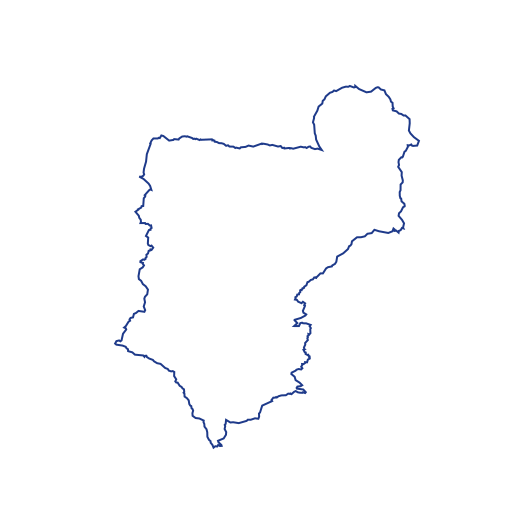 Bondowoso, Jawa Timur, Indonesia, rotated 286°
{"feature_id": "22746128B61555758059649", "entity_name": "Bondowoso", "entity_type": "district", "adm_level": 2, "iso_a3": "IDN", "parent_name": "Indonesia", "parent_adm1": "Jawa Timur", "projection": "robinson", "projection_center": [113.922, -7.945], "detail": "fine", "context": "isolated", "style": "outline", "palette": "blue", "viewbox_px": 512, "rotation_deg": 286, "n_neighbors": 0, "source": "geoboundaries", "source_scale": "gbopen_adm2", "svg_char_len": 6120}
<svg xmlns="http://www.w3.org/2000/svg" viewBox="0 0 512 512"><g transform="rotate(286 256 256)"><path d="M436.6,285.4L434.8,284.3L433.3,282.1L428.7,279.1L425.4,278.6L423.6,277.4L420.8,277.7L416.9,275.0L412.6,274.9L405.8,273.3L404.8,273.8L400.2,273.9L398.3,275.7L390.1,278.7L388.2,280.2L384.5,281.7L378.8,286.6L376.0,290.0L376.2,285.6L375.0,283.2L375.2,279.4L376.2,277.8L375.5,276.4L373.8,274.9L374.2,273.3L373.6,272.0L373.4,268.9L369.4,262.2L369.3,259.9L368.7,259.1L369.1,258.7L368.9,257.8L367.2,253.7L367.8,253.3L367.1,251.5L368.5,249.4L367.3,247.0L367.3,241.1L366.1,238.8L366.4,236.5L366.0,232.2L365.3,231.0L365.7,230.6L360.4,223.2L360.1,218.4L358.0,215.9L356.3,211.5L354.9,210.7L354.7,207.0L354.1,206.3L354.9,204.2L353.9,200.3L354.7,198.6L353.7,196.9L354.9,194.1L354.9,191.7L354.3,189.4L354.8,187.0L354.5,184.8L355.5,184.2L355.1,182.3L355.8,182.3L356.0,181.5L352.6,171.3L352.8,170.6L351.9,169.9L352.3,166.2L351.6,165.5L351.8,164.2L351.2,163.4L351.8,162.0L352.1,156.9L351.6,156.5L351.5,154.6L350.5,152.1L347.8,149.8L346.6,149.5L345.8,145.1L344.8,144.6L343.0,140.7L345.8,133.9L345.8,131.8L342.8,131.0L342.8,129.9L341.9,129.2L340.7,125.0L338.3,123.8L335.0,123.3L334.8,123.8L323.8,123.0L316.4,124.3L309.1,124.3L305.3,124.9L303.6,126.0L302.0,125.5L300.6,124.0L300.1,121.9L299.1,126.6L296.0,132.8L294.2,134.9L290.7,137.2L290.8,136.0L290.1,135.3L283.9,132.3L283.7,132.9L282.6,133.1L280.6,132.2L273.0,133.8L272.4,132.3L270.9,132.3L268.4,129.8L268.1,130.1L265.3,127.9L262.4,132.2L260.5,133.3L259.1,135.2L257.1,136.0L255.8,135.9L257.1,140.3L256.4,141.0L257.1,143.3L256.0,145.6L256.5,146.7L254.2,147.9L253.4,147.1L252.1,147.4L251.4,145.9L244.9,144.7L244.0,147.3L238.1,148.6L236.9,149.5L236.4,151.8L237.2,152.7L235.7,154.9L233.0,153.9L233.2,152.7L232.0,152.6L231.4,151.4L228.7,151.5L227.0,150.3L225.0,151.1L223.4,150.3L222.7,150.6L221.6,149.7L221.6,148.4L219.2,146.3L218.2,146.6L218.2,149.2L217.4,149.2L216.1,150.9L213.8,150.2L211.2,147.9L204.2,148.6L201.5,149.8L200.5,152.4L197.8,155.0L196.5,158.3L193.9,161.4L189.2,162.0L186.2,160.5L184.2,160.4L180.9,162.1L176.5,162.0L173.4,164.4L171.6,164.1L170.8,158.2L168.2,156.4L166.7,154.6L163.1,154.7L161.9,152.5L160.2,151.9L159.1,152.8L157.7,151.6L152.8,150.2L150.9,149.0L150.6,150.8L149.6,151.5L144.6,149.6L137.8,150.0L136.6,149.1L137.1,147.7L135.7,145.3L133.0,144.7L132.3,146.2L133.1,152.4L132.8,155.8L131.6,157.0L131.1,158.6L129.3,159.3L129.3,163.7L127.8,166.8L129.3,175.0L128.3,176.6L129.5,176.9L129.9,178.1L128.8,179.0L128.0,181.6L127.7,185.5L126.7,186.9L125.7,190.5L126.0,194.0L123.3,199.6L123.1,202.3L121.8,203.8L121.7,206.3L122.4,207.7L122.0,209.4L118.0,210.4L115.5,213.3L113.2,213.0L112.4,214.2L112.7,215.6L110.2,218.4L109.6,220.6L108.5,221.8L108.0,223.5L105.5,224.5L104.6,224.1L104.0,225.1L101.2,226.1L100.3,228.8L98.7,231.1L95.3,232.7L94.1,234.0L93.9,235.1L91.8,236.1L91.4,237.2L90.0,238.2L87.4,238.2L84.9,239.1L83.6,242.6L84.2,246.3L83.4,251.1L81.9,251.3L80.3,252.6L77.8,253.5L75.8,256.2L73.2,257.7L68.8,259.1L66.3,261.5L65.5,263.3L64.0,263.9L62.4,266.2L60.1,268.0L61.9,269.3L62.2,271.2L63.9,271.7L63.4,273.7L64.0,275.3L64.8,274.8L66.6,271.3L67.9,270.4L71.7,275.2L75.9,276.4L78.5,275.9L81.1,273.5L84.0,273.3L85.0,272.5L86.3,273.1L90.2,272.4L88.9,277.3L89.9,279.8L90.6,285.5L94.9,292.4L96.4,293.3L97.1,296.0L99.7,299.8L100.2,303.1L102.4,303.3L105.4,302.3L106.7,303.0L113.9,303.2L121.0,311.5L121.8,310.6L124.6,311.7L125.1,313.4L126.0,314.2L125.7,315.0L127.4,316.3L129.0,318.8L130.4,323.1L132.6,324.9L132.8,326.7L133.3,326.9L133.0,328.2L136.0,330.1L137.1,331.4L136.5,333.8L136.7,335.9L137.3,338.4L137.9,338.6L137.8,341.0L138.8,341.4L140.7,338.2L139.8,331.9L140.4,331.4L141.9,331.8L143.2,334.8L144.5,336.0L146.3,332.8L147.6,328.3L150.6,326.4L152.3,322.5L153.7,322.4L156.7,325.7L157.8,326.2L159.1,328.1L159.4,330.7L160.9,331.5L162.0,330.0L163.9,330.5L164.9,330.1L165.2,331.5L167.0,332.9L167.5,332.6L167.9,334.4L170.7,334.4L172.2,335.9L173.2,335.1L173.6,335.5L174.4,335.1L174.6,334.0L175.4,333.5L175.0,333.0L175.5,330.7L176.9,330.4L176.9,329.4L178.7,327.7L179.4,328.3L179.4,327.7L180.1,328.1L181.3,327.3L184.3,327.8L185.9,327.2L189.5,329.0L191.1,328.0L192.0,328.3L193.1,327.6L194.2,328.4L195.4,327.9L195.3,328.9L196.8,329.6L200.7,328.3L201.8,328.6L203.3,326.9L204.8,327.5L205.1,322.8L204.3,319.8L204.6,318.7L203.7,317.1L200.5,316.6L199.2,312.0L202.9,314.2L204.9,310.7L205.3,310.7L208.8,316.2L212.4,319.9L213.7,320.4L214.6,317.2L216.2,316.2L221.2,316.8L221.7,316.8L222.0,315.9L224.0,316.3L224.9,313.7L223.2,312.8L223.7,309.1L225.1,307.4L224.9,305.5L226.3,305.7L227.2,305.2L228.4,306.3L230.3,306.3L231.0,307.9L232.3,307.7L233.4,308.5L235.2,307.9L235.8,308.4L235.8,309.3L237.8,309.6L237.8,310.2L238.7,311.0L239.8,310.8L241.7,312.5L245.1,312.7L245.6,313.7L248.1,315.3L249.2,317.1L251.4,317.9L251.5,319.5L252.0,319.2L252.6,320.3L257.0,322.7L257.7,325.1L263.4,326.8L265.1,328.3L266.9,331.8L267.9,331.9L270.2,334.1L272.6,334.8L277.8,334.2L282.6,339.1L288.0,342.5L291.1,342.8L291.9,343.8L293.6,344.5L296.6,344.2L301.8,347.9L303.0,351.8L304.9,355.2L308.1,357.0L309.9,360.9L313.8,362.6L313.7,367.5L314.6,376.8L317.4,380.4L320.3,380.6L319.7,381.9L318.5,381.5L318.3,382.5L319.1,383.7L317.8,386.6L319.5,386.4L320.7,387.9L323.2,388.6L323.2,390.1L323.9,389.5L328.2,389.3L331.0,386.4L333.9,382.0L336.5,381.7L338.9,383.1L343.4,383.9L344.7,385.2L345.3,385.1L347.1,384.2L348.6,380.9L351.2,379.7L351.3,378.9L353.5,377.6L357.1,376.5L359.1,376.8L364.6,375.3L367.2,376.7L369.1,376.3L373.4,373.8L376.8,373.0L380.9,368.1L382.9,368.4L385.5,367.1L387.8,366.8L391.0,368.5L391.0,369.3L391.9,369.8L397.2,370.0L398.4,371.0L402.8,371.9L404.3,371.3L404.5,372.8L406.0,374.5L405.1,375.5L405.1,376.6L406.6,380.5L411.6,380.9L413.8,375.0L416.4,370.7L418.7,368.4L425.9,367.2L429.9,365.9L432.3,360.9L431.7,359.2L432.6,356.5L432.3,354.1L433.8,351.3L433.7,347.4L435.1,346.6L435.9,347.5L437.4,346.2L440.9,345.0L441.6,343.2L443.6,342.0L445.6,339.7L447.4,336.3L450.6,333.8L450.5,330.1L451.9,327.4L451.7,326.3L450.6,324.8L445.7,321.3L443.8,317.1L444.9,309.0L446.9,304.5L445.7,304.8L445.0,303.7L445.3,299.3L444.2,298.2L443.5,295.6L441.5,292.4L436.6,287.6L436.6,285.4Z" fill="none" stroke="#1e3a8a" stroke-width="2"/></g></svg>